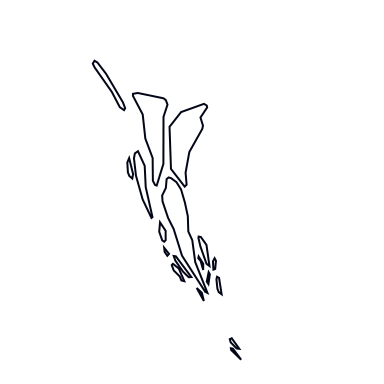 the district of Essequibo I./L.B.E.River, Essequibo Islands-West Demerara, Guyana, rotated 323°
{"feature_id": "73187651B51062108887281", "entity_name": "Essequibo I./L.B.E.River", "entity_type": "district", "adm_level": 2, "iso_a3": "GUY", "parent_name": "Guyana", "parent_adm1": "Essequibo Islands-West Demerara", "projection": "equal_earth", "projection_center": [-58.518, 6.771], "detail": "medium", "context": "isolated", "style": "outline", "palette": "ink", "viewbox_px": 384, "rotation_deg": 323, "n_neighbors": 0, "source": "geoboundaries", "source_scale": "gbopen_adm2", "svg_char_len": 1969}
<svg xmlns="http://www.w3.org/2000/svg" viewBox="0 0 384 384"><g transform="rotate(323 192 192)"><path d="M255.8,131.8L254.6,128.8L231.4,121.6L213.3,126.4L189.1,160.9L189.4,183.3L192.1,182.9L198.5,172.7L214.0,158.4L238.2,147.8L240.7,145.6L243.6,137.6L255.0,133.6L255.8,131.8ZM185.5,174.7L183.6,168.3L182.1,166.3L179.5,166.4L173.6,173.0L166.0,176.9L162.8,181.8L157.3,198.3L155.1,210.5L145.7,236.8L142.5,279.7L143.6,281.9L152.4,249.9L163.2,230.7L165.3,221.3L174.1,208.8L180.0,196.1L184.8,183.4L185.5,174.7ZM225.7,100.1L208.3,80.3L204.0,78.1L202.7,79.6L199.3,100.4L186.9,121.2L181.0,141.2L167.5,159.5L166.7,164.1L167.7,165.6L186.1,152.3L214.5,114.8L225.0,107.5L226.4,103.0L225.7,100.1ZM173.4,126.9L169.6,126.8L165.9,130.2L157.1,145.2L148.1,168.3L144.0,188.3L145.3,188.3L158.0,160.2L170.0,142.6L173.4,126.9ZM194.4,31.7L193.1,28.5L190.0,29.8L189.2,33.9L188.2,63.8L185.4,80.8L187.0,85.7L189.0,84.9L190.8,78.8L194.5,45.9L194.4,31.7ZM172.0,233.3L170.5,231.6L169.4,232.7L166.0,240.4L160.4,258.0L161.4,261.6L171.7,243.0L172.0,233.3ZM140.3,259.5L140.4,233.6L138.9,232.1L137.4,236.8L136.9,250.2L138.1,258.1L140.3,259.5ZM148.2,197.0L141.9,204.0L139.1,212.8L139.9,215.0L142.0,214.6L147.6,207.1L148.2,197.0ZM162.2,127.1L158.1,129.5L152.6,137.8L151.6,141.5L152.4,145.3L155.7,142.3L162.2,127.1ZM135.4,245.2L133.6,237.9L131.8,238.2L130.2,243.7L131.4,252.1L130.3,256.2L132.2,258.6L135.4,245.2ZM161.9,276.9L161.0,274.8L159.0,276.4L154.1,284.5L153.1,288.1L154.1,291.5L161.9,276.9ZM135.7,332.7L133.6,332.3L132.4,335.4L133.5,343.9L135.4,345.7L135.7,332.7ZM139.2,278.5L138.0,271.5L135.9,286.2L139.2,278.5ZM157.0,266.1L149.9,272.4L149.7,275.4L156.7,268.5L157.0,266.1ZM170.2,258.5L167.0,260.0L162.4,266.9L164.2,267.4L169.7,261.4L170.2,258.5ZM130.4,341.7L129.0,340.2L128.2,341.7L130.3,355.5L130.4,341.7ZM158.5,247.5L157.1,248.7L157.4,252.2L154.0,261.0L157.8,256.0L158.5,247.5ZM136.4,227.6L136.2,219.8L134.1,223.4L133.9,228.1L136.4,227.6Z" fill="none" stroke="#020617" stroke-width="2"/></g></svg>